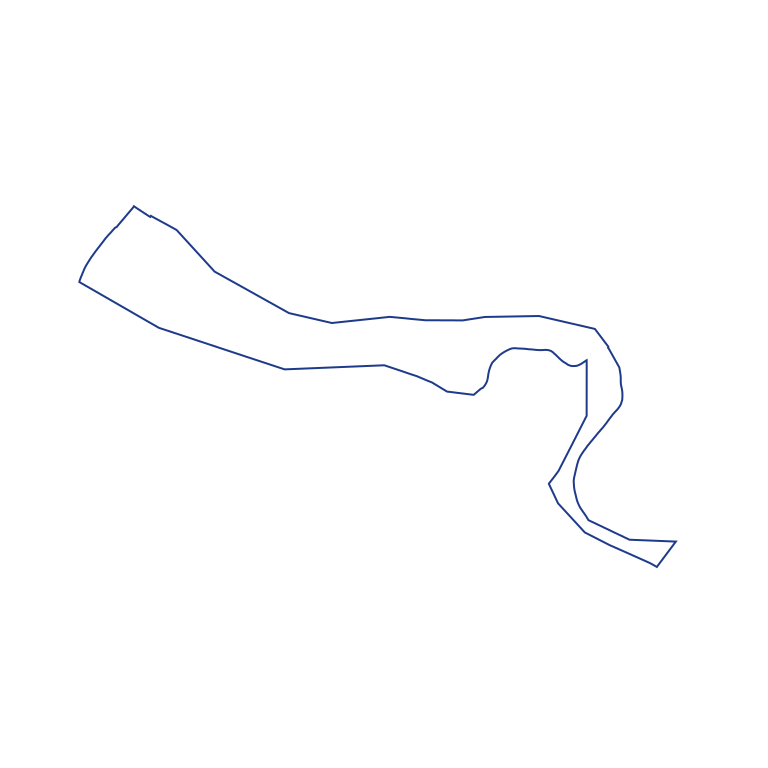 the district of Dennery By Pass, Dennery, Saint Lucia, rotated 103°
{"feature_id": "8701671B7729903902665", "entity_name": "Dennery By Pass", "entity_type": "district", "adm_level": 2, "iso_a3": "LCA", "parent_name": "Saint Lucia", "parent_adm1": "Dennery", "projection": "albers", "projection_center": [-60.894, 13.912], "detail": "fine", "context": "isolated", "style": "outline", "palette": "blue", "viewbox_px": 768, "rotation_deg": 103, "n_neighbors": 0, "source": "geoboundaries", "source_scale": "gbopen_adm2", "svg_char_len": 3557}
<svg xmlns="http://www.w3.org/2000/svg" viewBox="0 0 768 768"><g transform="rotate(103 384 384)"><path d="M444.2,200.9L461.1,187.6L470.6,173.7L483.5,154.9L490.3,127.6L492.2,117.6L498.7,84.4L500.3,78.9L500.9,77.0L473.0,64.7L471.9,64.2L480.5,109.8L470.7,154.1L469.5,155.3L467.5,157.2L466.4,158.4L465.7,159.1L463.9,161.2L463.4,161.7L462.1,163.1L460.3,165.1L458.0,167.0L455.7,168.7L453.4,170.1L451.0,171.3L448.0,172.8L445.9,173.9L443.3,175.0L442.6,175.3L440.8,175.9L438.1,176.7L436.4,177.2L435.5,177.4L432.8,177.7L430.9,177.7L429.5,177.7L428.7,177.7L427.4,177.7L426.3,177.7L425.0,177.7L423.2,177.7L420.4,177.7L417.6,177.6L414.8,177.4L412.0,176.9L410.6,176.5L409.4,176.2L406.9,175.3L405.7,174.8L404.3,174.3L403.0,173.7L401.9,173.2L400.0,172.4L399.2,172.1L396.5,170.8L394.0,169.6L391.7,168.4L389.2,167.2L386.7,165.9L384.2,164.7L383.0,164.1L381.8,163.4L380.2,162.6L378.9,161.9L377.1,160.9L374.7,159.8L372.0,158.5L369.5,157.5L368.3,156.9L367.0,156.4L364.6,155.3L362.1,154.2L359.8,152.9L358.5,152.2L357.5,151.5L355.9,150.7L355.1,150.3L352.7,149.3L350.1,148.6L346.8,148.4L346.1,148.3L343.4,148.7L340.7,149.3L338.1,150.0L335.6,151.0L334.5,151.5L332.9,152.3L331.4,152.9L330.4,153.3L327.9,154.0L326.6,154.3L324.7,154.7L322.7,155.3L320.1,156.3L317.6,157.3L315.0,158.4L298.7,173.2L298.4,173.8L297.2,173.8L282.9,190.9L282.9,248.3L296.0,300.8L303.6,319.8L304.3,321.5L311.6,353.8L312.2,356.4L312.6,358.2L314.6,373.0L315.2,378.1L317.3,393.6L318.5,397.0L321.9,406.8L330.2,430.9L336.3,448.5L336.3,492.5L312.6,574.3L280.6,620.7L277.7,630.8L273.3,646.7L273.0,647.8L272.6,648.9L273.8,649.4L273.6,650.1L268.2,664.8L267.6,666.2L267.1,667.7L267.9,667.9L269.4,668.6L272.6,670.3L279.0,673.6L282.2,675.2L283.1,675.7L285.4,676.9L288.7,678.6L289.5,679.0L291.2,679.8L291.7,680.5L292.4,681.3L296.2,683.4L297.2,683.9L301.5,686.4L302.7,687.0L303.6,687.5L304.5,688.0L305.2,688.3L306.3,688.8L307.0,689.1L308.4,689.7L310.3,690.6L311.6,691.2L313.0,691.8L313.6,692.1L314.3,692.4L315.1,692.8L316.6,693.5L318.4,694.3L319.2,694.7L319.9,695.0L321.1,695.5L322.0,695.9L322.7,696.2L323.5,696.5L324.3,696.8L325.8,697.5L326.5,697.8L327.2,698.0L328.1,698.4L329.1,698.7L330.8,699.3L332.2,699.8L333.1,700.1L334.1,700.4L334.9,700.7L336.0,701.1L337.1,701.3L338.1,701.6L338.9,701.8L339.6,701.9L341.3,702.2L342.8,702.4L343.6,702.6L344.7,702.8L345.8,702.9L347.7,703.3L349.5,703.5L350.2,703.6L350.9,703.7L351.5,703.8L353.2,703.8L379.9,616.0L389.0,517.8L392.1,484.1L366.7,391.6L366.4,390.6L365.7,387.8L367.6,368.2L368.3,361.5L368.5,359.5L369.0,353.7L371.1,341.7L371.7,337.6L377.2,320.9L374.5,295.2L374.3,294.1L372.4,292.7L366.7,288.5L366.3,287.9L365.5,286.8L364.8,286.5L363.8,286.0L363.1,285.6L360.4,284.7L357.9,284.2L356.9,284.2L355.2,284.2L352.5,284.4L351.8,284.5L349.8,284.6L347.2,284.6L345.6,284.5L344.4,284.4L341.7,284.0L340.4,283.7L338.8,283.3L336.5,281.9L335.2,281.1L334.3,280.5L332.7,279.6L331.9,279.1L331.2,278.6L329.6,277.6L327.5,275.8L325.5,273.8L323.8,271.9L323.0,270.8L322.1,269.8L320.5,267.3L319.7,264.7L319.3,262.0L318.8,259.1L318.3,256.5L317.9,253.9L317.6,250.8L317.1,248.0L316.9,246.5L316.7,244.7L316.4,242.5L315.9,239.6L315.1,236.5L314.4,234.3L314.0,231.5L314.2,228.8L314.8,227.3L315.2,226.3L316.0,225.1L316.5,224.0L318.0,221.5L318.8,220.2L319.5,219.1L320.9,216.6L322.1,214.1L322.9,211.4L323.3,210.6L323.9,208.9L324.3,206.3L324.0,203.7L323.4,201.7L323.2,200.9L322.6,199.8L321.8,198.5L320.1,196.5L319.4,195.8L318.2,194.7L317.1,193.6L316.0,192.7L315.3,191.9L320.2,190.7L369.4,179.4L402.8,187.7L429.5,194.4L435.5,197.0L443.3,200.6L444.2,200.9Z" fill="none" stroke="#1e3a8a" stroke-width="2"/></g></svg>